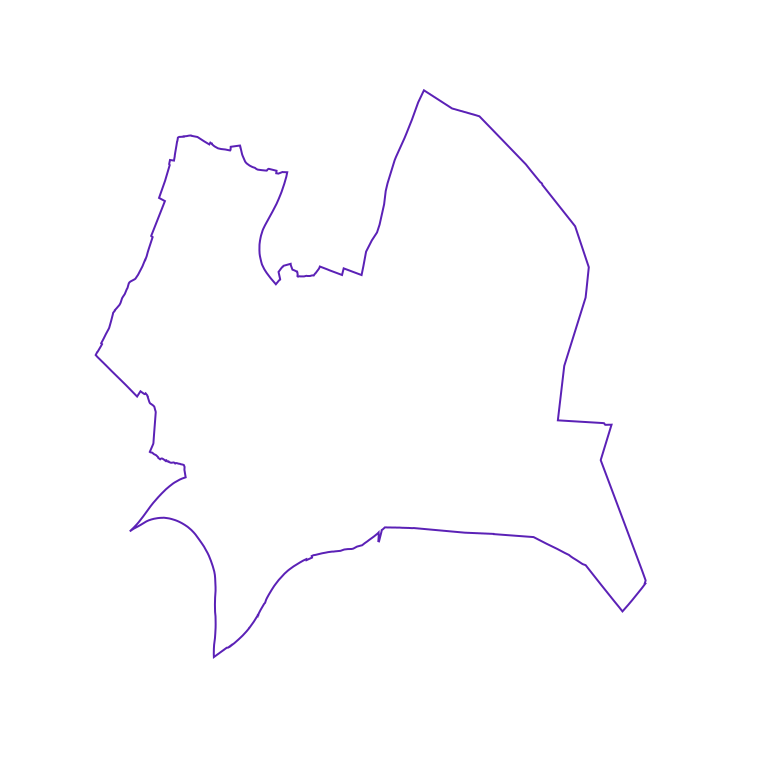 the district of Arnhem, Gelderland, Netherlands, rotated 99°
{"feature_id": "6326949B83148599629942", "entity_name": "Arnhem", "entity_type": "district", "adm_level": 2, "iso_a3": "NLD", "parent_name": "Netherlands", "parent_adm1": "Gelderland", "projection": "robinson", "projection_center": [5.9, 52.006], "detail": "fine", "context": "isolated", "style": "outline", "palette": "violet", "viewbox_px": 768, "rotation_deg": 99, "n_neighbors": 0, "source": "geoboundaries", "source_scale": "gbopen_adm2", "svg_char_len": 5988}
<svg xmlns="http://www.w3.org/2000/svg" viewBox="0 0 768 768"><g transform="rotate(99 384 384)"><path d="M540.3,94.7L540.2,95.3L539.6,95.2L538.5,95.0L537.0,94.9L527.9,99.9L484.8,124.3L425.4,158.0L424.8,158.0L388.6,152.9L389.7,159.1L388.3,160.6L388.4,162.3L392.7,206.6L337.9,208.8L267.1,198.4L258.8,198.8L236.6,200.0L198.3,219.9L162.5,258.8L161.6,259.1L161.1,259.6L160.7,260.1L160.3,261.1L150.5,272.1L144.9,278.2L123.7,306.3L104.7,331.6L104.2,335.0L101.2,359.9L87.7,390.5L100.5,394.3L118.8,397.8L122.7,398.7L132.9,401.0L137.9,402.2L157.9,407.7L161.4,408.5L185.2,411.9L193.1,412.5L195.7,412.4L206.5,412.0L227.3,413.3L235.4,414.6L244.1,418.5L256.1,422.4L271.0,422.8L279.9,423.2L278.0,432.6L277.7,434.0L276.1,441.9L282.9,442.5L281.9,447.3L280.2,455.7L279.7,457.7L278.0,465.7L280.1,466.2L285.4,469.0L285.6,469.3L287.8,470.4L287.7,470.8L288.1,472.2L288.4,473.0L288.7,473.4L288.9,474.1L289.3,476.6L289.3,477.6L290.2,479.7L290.8,483.4L290.8,484.1L290.9,484.6L291.4,485.7L291.1,486.3L290.4,486.4L289.2,486.4L288.8,486.6L287.4,487.0L286.6,487.4L286.7,487.8L286.4,488.0L286.3,488.7L285.8,490.2L285.4,492.3L281.1,494.7L279.9,495.0L283.0,501.8L283.8,502.1L284.3,502.7L285.6,503.5L286.7,504.1L288.9,505.2L289.8,505.7L296.9,502.9L297.1,502.9L298.1,503.9L302.4,506.4L297.4,512.3L295.6,514.2L292.6,517.3L290.6,519.1L289.2,520.3L285.8,522.7L284.9,523.3L282.7,524.3L279.0,525.8L276.9,526.6L274.6,527.3L271.2,528.0L266.3,528.7L265.3,528.8L261.8,528.9L258.8,528.8L256.8,528.7L253.4,528.2L251.2,527.9L249.6,527.5L245.7,526.3L231.2,521.1L222.8,518.3L217.5,516.9L212.4,515.7L210.1,515.2L201.8,513.8L194.5,512.9L190.0,512.7L190.5,516.8L190.5,517.4L192.7,521.2L192.7,523.4L190.2,523.5L189.7,529.2L189.5,531.5L189.8,532.0L190.1,532.3L190.6,532.7L191.2,532.9L191.5,533.1L191.6,533.3L191.7,534.5L191.9,538.1L192.0,541.6L192.0,542.3L191.6,543.7L190.7,545.3L190.3,547.8L189.5,550.3L189.2,551.1L187.7,554.0L187.1,554.8L186.5,555.5L185.8,556.1L180.6,559.4L179.3,560.1L172.4,562.9L172.5,563.0L171.0,563.6L173.7,572.5L176.6,572.2L177.2,572.4L177.4,572.5L177.4,572.9L177.2,577.5L177.4,581.6L177.2,584.8L176.4,587.0L175.9,588.3L175.3,589.5L174.2,591.2L174.1,591.4L173.6,591.6L173.4,591.6L173.3,592.0L173.4,592.3L172.8,593.3L174.7,594.0L172.4,599.7L169.2,606.9L169.0,613.0L168.8,613.1L168.8,614.0L169.3,615.8L170.0,617.6L170.3,618.7L170.7,620.6L171.1,620.5L172.0,625.0L172.9,626.1L175.9,626.1L176.4,626.1L176.7,626.3L177.3,626.3L181.0,626.3L188.1,626.4L191.0,626.4L192.0,626.3L196.2,626.4L196.2,630.4L200.4,630.6L200.5,630.4L201.3,629.9L214.3,631.6L217.4,632.0L235.4,635.3L237.6,629.0L274.1,637.1L274.4,637.0L275.1,635.5L287.5,637.5L291.0,638.0L294.9,638.4L298.8,639.2L298.7,639.4L305.6,641.0L314.6,644.0L318.0,645.6L318.9,646.0L319.2,646.3L319.6,646.7L322.4,650.4L323.4,651.3L324.5,651.8L326.9,652.1L328.8,652.3L329.7,652.5L330.6,652.9L335.7,654.1L338.7,655.5L340.2,656.1L345.1,656.9L346.0,657.2L347.2,657.6L351.1,660.0L353.2,661.4L353.5,661.2L355.9,662.6L356.5,662.7L357.4,662.7L364.6,663.4L371.4,664.2L372.5,664.5L378.5,666.6L382.7,667.9L388.0,669.7L388.7,668.7L391.4,669.7L397.0,671.9L397.2,672.2L400.5,673.3L402.2,671.2L409.4,661.1L413.8,655.1L425.4,638.8L435.0,625.9L429.3,623.4L430.8,620.4L431.2,619.6L431.4,618.9L431.4,618.7L431.2,618.5L430.5,618.0L432.3,616.0L432.7,615.9L433.3,615.4L433.4,615.5L437.6,613.4L438.7,612.8L439.4,612.3L439.8,611.8L440.1,611.2L440.2,610.8L441.3,608.7L441.7,608.1L442.2,607.5L442.6,607.2L445.8,605.8L446.5,605.4L447.4,605.1L448.0,605.0L471.5,603.1L478.4,602.5L479.5,602.6L487.7,604.7L488.0,604.1L488.1,602.1L489.2,600.4L489.6,599.1L490.0,597.9L491.6,595.7L492.2,595.5L493.4,593.3L492.8,592.8L492.5,592.4L492.4,591.9L492.3,591.6L492.8,590.1L494.1,587.7L493.4,587.4L493.3,587.1L493.6,586.7L494.1,586.4L494.4,585.9L494.3,585.6L494.1,584.7L494.3,584.4L494.7,584.2L495.1,582.2L495.1,581.9L494.7,580.5L494.4,579.4L494.7,578.4L495.2,577.8L494.6,577.0L494.6,575.9L494.8,574.7L494.8,572.9L495.0,572.4L495.1,570.2L495.3,569.1L496.7,568.2L497.2,568.0L500.0,567.7L507.2,565.3L508.9,568.5L510.3,570.7L514.1,575.5L515.3,576.8L518.6,579.9L522.1,582.9L527.0,586.5L530.8,589.1L537.3,593.2L541.4,595.5L552.6,601.2L558.9,604.7L561.0,606.0L565.0,608.7L569.3,612.0L567.8,610.5L566.0,608.5L563.6,605.3L561.3,602.4L556.9,597.2L555.5,595.1L554.2,592.6L553.1,590.1L551.9,586.6L551.3,584.4L550.9,582.4L550.5,580.4L550.4,577.2L550.4,574.9L550.6,572.7L551.1,569.1L551.6,566.7L552.2,564.5L553.1,561.8L554.3,558.8L555.8,555.6L556.7,554.1L558.3,551.5L560.4,548.7L562.1,546.7L566.5,542.3L570.0,538.9L572.8,536.3L575.9,533.9L578.4,531.9L581.0,530.1L585.7,527.3L590.8,524.6L595.8,522.3L599.0,521.2L602.2,520.4L611.0,518.6L614.7,518.0L621.4,517.4L628.2,516.5L635.5,515.2L639.7,514.1L642.4,513.6L647.6,512.7L651.1,512.2L656.9,511.6L661.5,511.2L668.2,511.0L672.2,510.6L677.2,509.9L680.3,509.3L669.1,498.1L669.0,497.9L668.8,496.8L666.2,494.3L666.6,494.3L663.4,491.3L658.8,487.5L654.5,484.2L649.7,481.0L646.3,479.0L646.1,479.0L646.1,478.9L642.5,477.1L639.1,475.4L635.8,474.0L633.4,473.0L633.4,472.5L631.9,472.5L631.9,472.0L630.5,471.9L626.3,470.5L619.9,468.0L618.7,467.2L615.6,466.7L613.6,466.1L610.0,464.8L604.8,462.7L600.7,460.9L598.6,459.8L594.0,457.3L590.7,455.1L586.9,452.6L583.3,449.7L581.8,448.3L578.3,444.8L573.5,439.2L571.0,436.1L569.1,433.3L570.1,433.0L566.7,427.9L565.2,428.5L564.1,426.8L563.5,424.9L560.9,418.7L559.6,415.0L558.8,412.9L557.7,409.2L557.4,407.6L556.9,405.9L555.6,400.9L553.7,397.4L552.6,393.5L552.1,390.4L551.4,388.6L548.8,385.2L547.2,381.6L546.7,380.4L544.3,378.2L541.9,375.7L540.7,374.6L536.1,370.0L532.4,366.7L531.5,366.1L535.4,365.4L540.1,365.0L540.2,364.3L530.2,363.4L528.6,363.4L527.8,362.5L525.5,360.7L524.1,350.9L523.4,346.2L523.2,343.9L522.3,336.9L522.0,333.9L521.6,331.8L518.2,280.9L514.9,252.2L515.1,252.1L511.8,212.3L516.3,198.6L519.8,187.1L522.6,178.9L523.9,174.6L525.1,172.5L526.2,170.2L527.9,166.1L529.9,161.7L530.8,159.7L531.4,156.5L548.5,138.0L562.6,122.5L567.5,117.0L571.3,112.9L563.9,108.2L558.6,105.0L545.2,97.3L540.3,94.7Z" fill="none" stroke="#5b21b6" stroke-width="2"/></g></svg>